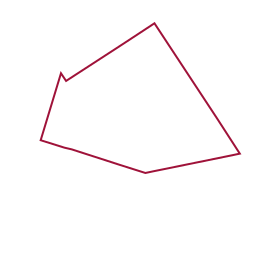 outline of Atascosa, Texas, United States of America, rotated 147°
{"feature_id": "52423323B50957806098426", "entity_name": "Atascosa", "entity_type": "district", "adm_level": 2, "iso_a3": "USA", "parent_name": "United States of America", "parent_adm1": "Texas", "projection": "orthographic", "projection_center": [-98.513, 28.932], "detail": "fine", "context": "isolated", "style": "outline", "palette": "rose", "viewbox_px": 256, "rotation_deg": 147, "n_neighbors": 0, "source": "geoboundaries", "source_scale": "gbopen_adm2", "svg_char_len": 334}
<svg xmlns="http://www.w3.org/2000/svg" viewBox="0 0 256 256"><g transform="rotate(147 128 128)"><path d="M48.8,201.4L87.0,201.2L154.3,201.2L154.4,210.4L207.9,165.3L192.0,146.1L186.8,140.7L155.1,101.7L137.9,80.8L130.1,77.8L120.5,74.0L53.9,47.8L48.2,45.6L48.1,87.0L48.8,201.4Z" fill="none" stroke="#9f1239" stroke-width="2"/></g></svg>